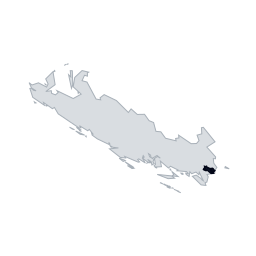 where Leningrad sits in Russia, rotated 207°
{"feature_id": "RUS-2336", "entity_name": "Leningrad", "entity_type": "Region", "adm_level": 1, "iso_a3": "RUS", "parent_name": "Russia", "parent_adm1": "", "projection": "natural_earth1", "projection_center": [31.635, 59.881], "detail": "fine", "context": "in_parent", "style": "filled", "palette": "ink", "viewbox_px": 256, "rotation_deg": 207, "n_neighbors": 0, "source": "natural_earth", "source_scale": "10m", "svg_char_len": 5953}
<svg xmlns="http://www.w3.org/2000/svg" viewBox="0 0 256 256"><g transform="rotate(207 128 128)"><path d="M195.0,158.3L188.4,159.9L189.2,158.6L187.7,155.8L190.7,155.2L190.4,149.3L185.4,150.3L169.6,139.3L165.1,140.7L166.6,142.2L164.4,146.9L150.8,147.2L134.7,142.0L133.9,146.4L125.9,144.3L119.5,147.7L112.6,144.1L107.7,144.5L101.6,137.7L97.0,139.5L89.9,135.9L79.3,138.4L80.8,140.3L78.1,142.3L79.7,144.6L64.6,142.7L59.9,145.3L59.0,149.0L63.2,153.0L59.6,156.3L62.7,161.6L61.2,162.8L44.2,155.2L49.1,146.8L36.8,142.0L36.1,140.3L38.1,139.5L35.6,135.6L30.9,133.2L31.6,128.0L34.6,127.6L31.3,126.6L36.5,122.4L34.4,121.0L33.2,115.6L34.5,114.3L32.5,112.2L37.0,110.5L48.7,114.2L45.8,117.0L40.3,116.2L38.3,115.3L36.9,115.2L44.4,120.9L43.6,118.5L47.4,119.6L50.5,116.2L53.0,117.1L51.6,112.6L55.0,113.0L56.1,114.0L53.8,114.7L56.0,115.8L65.0,112.1L64.5,113.3L72.8,113.2L73.8,110.7L84.1,113.2L80.6,108.7L85.8,105.7L87.6,106.1L87.0,108.1L90.6,112.9L88.8,116.0L85.5,115.8L89.7,116.7L92.4,112.3L94.1,112.1L95.6,114.1L98.0,114.4L95.6,112.2L90.5,111.8L90.5,109.5L88.5,108.1L89.9,105.9L91.9,108.4L95.4,108.9L96.2,108.9L92.0,107.3L94.8,106.6L100.9,107.6L100.4,109.5L101.9,110.3L101.5,107.7L96.7,104.7L104.4,105.4L105.1,104.3L102.3,103.0L103.4,102.2L118.0,101.2L116.5,100.2L121.5,98.3L135.0,101.0L127.5,105.9L132.6,104.0L136.1,104.1L137.3,105.9L137.7,106.1L138.2,106.2L137.7,104.7L150.4,104.4L156.7,105.4L158.2,107.0L155.9,106.5L161.9,109.2L162.6,107.3L172.3,108.0L170.1,106.7L171.5,105.8L196.6,108.9L202.9,112.9L204.1,110.9L214.9,112.4L212.8,110.3L226.8,112.1L233.4,118.7L232.2,119.5L229.2,118.7L226.8,119.4L232.2,119.9L236.7,123.5L233.1,122.7L228.3,127.6L219.1,127.5L219.2,131.0L223.6,134.4L220.4,144.1L212.6,133.5L217.8,123.2L213.3,126.4L211.8,124.2L207.7,124.6L206.3,127.9L208.3,129.0L190.2,129.4L185.1,136.9L195.5,139.8L198.4,148.9L195.0,158.3ZM80.9,99.9L67.4,105.1L63.7,104.4L69.2,101.1L80.9,99.9ZM196.4,137.7L205.1,148.5L202.1,147.5L205.5,152.9L203.6,153.7L197.0,141.7L196.4,137.7ZM61.3,107.5L67.1,105.3L66.1,107.3L69.4,109.2L61.3,107.5ZM163.5,102.0L167.8,100.7L173.3,101.6L163.5,102.0ZM108.8,95.0L115.5,96.6L107.1,95.8L108.8,95.0ZM106.0,93.7L111.5,94.2L104.6,94.6L106.0,93.7ZM117.1,96.0L122.2,97.1L115.7,97.9L117.1,96.0ZM174.8,102.2L177.2,101.8L180.5,102.2L174.8,102.2ZM19.3,137.6L23.6,136.5L23.8,137.8L19.3,137.6ZM56.4,94.4L59.3,94.2L53.7,94.7L56.4,94.4ZM170.5,104.2L174.3,105.2L169.4,104.9L170.5,104.2ZM60.4,111.8L58.8,112.5L57.9,112.0L58.7,111.2L60.4,111.8ZM61.9,94.0L64.6,93.8L66.0,94.0L61.9,94.0ZM71.0,94.0L70.0,94.5L67.9,94.3L68.3,94.0L71.0,94.0ZM73.8,94.1L71.4,94.0L74.7,93.8L73.8,94.1ZM71.3,109.7L72.4,110.9L70.6,110.0L71.3,109.7ZM107.6,95.2L105.9,95.5L104.4,95.1L107.6,95.2ZM63.3,93.3L66.7,93.2L65.6,93.6L63.3,93.3ZM223.3,108.8L221.4,108.6L222.3,107.9L223.3,108.8ZM53.7,94.1L55.9,94.2L51.6,94.3L53.7,94.1ZM85.9,105.3L83.8,105.5L85.8,105.2L85.9,105.3ZM134.3,103.2L135.6,103.9L133.8,103.5L134.3,103.2ZM211.8,110.7L210.8,111.0L209.8,110.7L211.8,110.7ZM67.0,94.7L65.4,94.5L68.0,94.6L67.0,94.7ZM66.3,93.6L67.4,94.0L65.4,93.7L66.3,93.6ZM213.0,154.8L212.9,155.5L212.3,156.6L213.0,154.8ZM64.3,94.6L65.5,95.0L64.0,95.0L64.3,94.6ZM94.6,106.4L93.2,106.7L92.8,106.7L94.6,106.4ZM221.8,129.6L220.5,129.3L221.3,129.0L221.8,129.6ZM169.8,103.6L169.6,104.1L168.8,103.7L169.8,103.6ZM188.1,136.3L188.8,137.2L188.0,137.0L188.1,136.3ZM219.7,144.5L219.5,145.9L218.9,145.5L219.7,144.5ZM61.9,94.7L60.5,94.9L60.0,94.7L61.9,94.7ZM95.2,105.4L95.0,106.0L94.7,105.8L95.2,105.4ZM162.2,101.5L161.6,101.9L161.3,101.2L162.2,101.5ZM210.5,157.7L211.7,156.6L210.6,157.9L210.5,157.7Z" fill="#d9dde1" stroke="#a8b0b8" stroke-width="1"/><path d="M31.6,126.4L31.8,126.2L32.1,126.0L32.3,125.9L32.5,125.9L32.7,125.6L32.8,125.6L33.0,125.5L33.2,125.4L33.3,125.4L33.5,125.3L33.7,125.5L33.8,125.5L34.2,125.5L38.1,126.4L38.3,126.4L38.6,126.3L38.6,126.2L38.8,126.1L38.7,126.1L38.8,126.0L39.0,125.9L39.5,125.9L39.7,125.7L39.4,125.6L39.2,125.7L39.2,125.4L40.1,125.4L40.3,125.4L40.4,125.5L40.5,125.5L40.5,125.4L40.8,125.2L40.9,125.3L41.0,125.3L41.6,125.3L41.7,125.5L41.8,125.5L42.0,125.5L42.0,125.8L41.9,125.8L41.9,126.0L41.6,126.1L41.4,126.2L41.5,126.3L41.6,126.5L41.6,126.8L41.5,127.0L41.4,127.1L41.4,127.3L41.5,127.4L41.5,127.5L41.4,127.5L41.5,127.6L41.8,127.6L41.8,127.8L41.8,128.1L42.1,128.1L41.9,128.2L42.0,128.3L41.9,128.4L42.0,128.5L41.9,128.5L41.7,128.5L41.8,128.5L41.7,128.7L41.7,128.8L41.8,128.8L41.6,128.8L41.3,128.9L41.2,129.0L41.2,128.9L41.1,129.0L40.9,129.2L40.7,129.2L40.4,129.0L40.2,129.0L39.9,129.1L39.7,129.0L39.6,128.9L39.4,128.8L39.3,128.7L39.2,128.7L39.0,128.8L38.8,128.8L38.8,128.7L38.7,128.7L38.4,128.6L38.1,128.9L38.2,129.0L37.9,129.0L37.7,129.0L37.5,128.9L37.4,128.8L37.3,128.7L37.1,128.7L36.9,128.7L36.9,128.8L36.6,128.7L36.5,128.8L36.5,129.0L36.4,129.0L36.2,129.3L35.9,129.3L35.9,129.2L35.7,129.2L35.7,129.3L35.6,129.5L35.4,129.6L35.3,129.8L35.0,129.8L34.9,129.9L34.7,129.8L34.4,130.0L34.5,130.2L34.5,130.3L34.4,130.3L34.1,130.4L33.9,130.3L33.7,130.3L33.7,130.2L33.3,130.0L33.3,129.9L33.2,129.9L32.9,129.7L32.6,129.7L32.3,129.6L32.0,129.6L31.9,129.6L31.8,129.4L31.7,129.4L31.4,129.4L31.2,129.4L31.2,129.2L31.3,129.1L31.4,128.9L31.5,128.8L31.6,128.7L31.8,128.7L31.7,128.6L31.6,128.4L31.6,128.2L31.7,127.9L31.8,128.0L32.1,128.2L32.1,127.9L32.3,127.8L32.5,127.9L32.6,128.0L32.6,127.9L32.7,128.0L32.8,127.9L33.0,127.8L33.0,127.7L32.9,127.7L33.0,127.7L33.3,127.6L33.9,127.7L33.9,127.8L34.0,127.9L34.3,128.0L34.5,128.2L34.7,128.3L34.8,128.3L35.0,128.2L35.3,128.1L35.1,127.9L35.0,127.7L34.9,127.5L34.8,127.4L34.6,127.3L33.8,127.1L33.7,127.1L33.5,127.3L33.1,127.3L33.0,127.2L32.9,127.1L32.7,126.9L32.7,127.0L32.4,126.9L32.3,126.7L32.2,126.6L32.3,126.6L32.5,126.8L32.6,126.7L32.5,126.4L32.4,126.4L32.2,126.4L32.1,126.5L31.9,126.6L31.7,126.6L31.4,126.6L31.6,126.4ZM32.5,127.0L32.4,127.1L32.5,127.0ZM32.5,126.5L32.4,126.5L32.4,126.4L32.5,126.4L32.5,126.5ZM30.2,127.5L30.1,127.4L30.2,127.5ZM32.3,126.9L32.3,127.0L32.2,126.9L32.3,126.9Z" fill="#0f172a" stroke="#020617" stroke-width="1.5"/></g></svg>